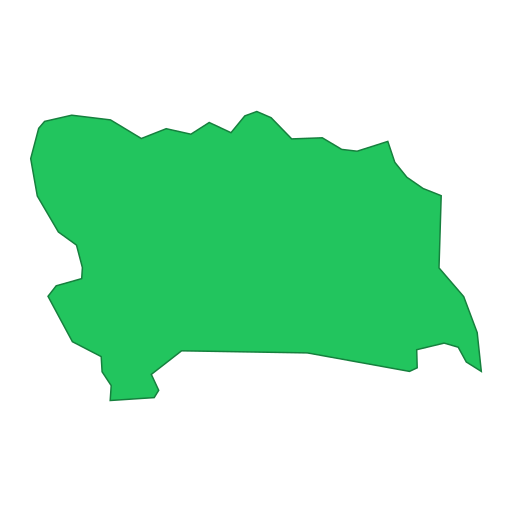 the border of West Berkshire
{"feature_id": "GBR-5700", "entity_name": "West Berkshire", "entity_type": "Unitary Authority", "adm_level": 1, "iso_a3": "GBR", "parent_name": "United Kingdom", "parent_adm1": "", "projection": "mercator", "projection_center": [-1.328, 51.443], "detail": "fine", "context": "isolated", "style": "filled", "palette": "green", "viewbox_px": 512, "rotation_deg": 0, "n_neighbors": 0, "source": "natural_earth", "source_scale": "10m", "svg_char_len": 731}
<svg xmlns="http://www.w3.org/2000/svg" viewBox="0 0 512 512"><path d="M481.3,371.4L466.3,362.0L458.2,347.2L444.1,343.1L416.7,349.7L417.2,367.8L409.5,371.4L307.3,352.9L181.6,350.8L151.3,374.4L158.7,390.3L154.2,397.6L110.2,400.5L111.2,385.6L102.1,371.8L101.2,356.6L72.4,341.7L48.0,296.3L56.2,285.8L81.7,278.6L82.4,267.6L76.5,245.1L58.4,232.0L37.3,196.0L34.0,177.4L30.7,158.6L38.7,128.3L44.6,121.4L71.7,115.2L110.5,119.9L141.3,138.5L166.2,128.7L190.9,134.2L209.2,122.5L231.0,132.7L244.8,115.9L256.8,111.5L271.1,117.7L291.7,138.9L322.3,137.8L341.7,149.4L357.1,151.2L387.8,141.4L394.8,162.3L406.9,177.3L423.1,188.5L441.2,195.7L439.0,267.9L463.7,296.6L477.2,332.6L481.3,371.4Z" fill="#22c55e" stroke="#15803d" stroke-width="1.5"/></svg>